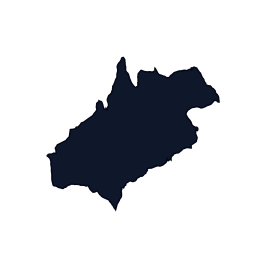 the district of Lupeni, Hunedoara, Romania, rotated 58°
{"feature_id": "2599482B30963415066220", "entity_name": "Lupeni", "entity_type": "district", "adm_level": 2, "iso_a3": "ROU", "parent_name": "Romania", "parent_adm1": "Hunedoara", "projection": "robinson", "projection_center": [23.198, 45.349], "detail": "fine", "context": "isolated", "style": "filled", "palette": "ink", "viewbox_px": 256, "rotation_deg": 58, "n_neighbors": 0, "source": "geoboundaries", "source_scale": "gbopen_adm2", "svg_char_len": 5718}
<svg xmlns="http://www.w3.org/2000/svg" viewBox="0 0 256 256"><g transform="rotate(58 128 128)"><path d="M190.7,181.8L186.5,177.3L186.2,176.4L185.5,175.3L185.0,174.2L183.7,172.4L183.4,171.6L183.3,171.0L182.8,170.3L182.0,169.5L181.0,168.8L178.8,167.6L177.7,167.3L176.9,166.0L175.6,165.7L175.2,164.8L176.3,163.8L176.4,163.3L175.3,162.0L175.1,160.1L174.2,159.5L173.6,158.5L173.8,157.4L173.7,154.3L176.0,152.3L176.6,149.9L176.2,148.3L175.3,147.1L175.4,146.0L175.5,144.4L175.4,143.0L176.3,141.6L176.2,140.0L175.7,138.9L175.7,136.9L175.1,136.2L174.7,135.8L174.6,135.0L174.2,134.1L173.1,133.7L172.9,132.8L173.0,131.7L174.4,129.3L174.8,126.9L175.2,124.8L174.9,124.0L175.4,123.9L176.0,122.1L176.7,121.7L177.3,120.8L177.8,117.9L177.3,113.9L176.3,112.6L174.8,111.3L177.0,111.3L177.0,108.6L177.8,108.4L176.7,107.7L176.0,107.3L175.7,106.9L175.3,106.2L175.2,105.9L175.0,105.1L174.8,104.9L174.9,104.1L174.4,103.3L174.0,102.3L174.5,101.9L174.9,99.7L175.6,98.8L175.7,98.2L175.3,94.1L174.7,93.0L175.7,88.4L178.4,85.0L175.8,83.5L175.8,80.4L175.6,77.4L172.8,74.5L168.5,73.7L165.5,71.4L166.9,70.6L166.8,70.1L166.0,69.4L165.0,69.0L163.8,69.3L163.8,70.0L162.0,71.2L160.7,71.8L158.8,72.2L157.8,71.8L156.4,71.5L154.4,71.5L154.0,71.6L153.0,71.7L152.5,71.8L150.6,72.0L147.0,71.7L145.7,70.3L144.6,67.9L144.4,64.1L144.8,62.1L145.6,60.4L146.4,58.2L147.4,57.3L148.3,56.3L149.5,55.6L149.6,55.0L150.0,54.6L150.3,54.0L150.5,52.2L150.8,51.4L150.8,49.9L151.1,47.9L151.4,47.3L151.7,45.1L151.3,43.3L150.2,39.8L150.6,39.6L151.1,39.1L151.3,38.6L152.1,38.2L153.0,38.1L153.7,37.7L154.2,37.1L152.8,36.3L151.7,36.0L151.1,35.5L149.5,34.8L148.8,34.8L148.1,34.6L146.9,34.7L145.9,34.9L145.0,35.3L143.8,34.8L142.2,34.4L141.8,34.6L139.7,34.9L139.4,35.2L138.5,35.7L136.9,35.7L136.1,35.9L135.9,36.0L135.6,36.4L135.2,37.1L134.8,37.4L134.3,37.9L133.7,38.3L133.2,38.9L132.5,39.0L131.9,38.7L131.1,38.4L130.7,38.7L130.2,38.6L129.0,38.7L128.3,38.5L127.5,38.2L126.9,38.1L125.9,38.1L125.3,38.3L124.7,38.3L124.3,38.2L123.1,38.2L122.2,37.9L121.1,37.9L120.3,37.6L119.8,37.5L119.6,37.6L119.1,37.9L114.5,38.1L113.6,38.0L112.9,38.6L111.7,39.5L111.3,40.0L111.4,41.2L110.8,42.0L110.7,42.7L110.7,42.9L110.9,43.0L111.1,43.0L112.5,42.6L112.4,42.9L112.3,43.7L112.1,43.9L111.4,44.4L110.9,44.8L110.7,45.2L110.7,45.5L110.7,46.3L110.6,47.2L110.5,47.8L109.2,49.2L108.8,49.9L108.3,51.1L108.1,51.7L107.7,53.0L107.2,53.8L106.9,54.0L106.4,55.9L105.7,58.8L105.6,59.9L106.1,62.5L106.2,64.2L106.5,64.7L106.5,64.9L106.9,65.6L107.0,65.9L107.0,66.3L106.8,66.9L106.1,68.1L105.8,68.5L105.7,68.7L105.4,68.9L104.2,69.3L103.8,69.5L103.6,69.8L103.3,69.9L102.7,70.6L100.6,72.1L99.7,73.0L98.7,73.5L97.9,73.7L97.2,73.7L95.9,73.6L92.5,73.4L91.7,73.5L92.2,74.0L93.9,74.5L93.6,77.1L93.7,77.3L93.9,77.3L94.0,77.4L93.8,77.7L93.7,78.3L93.1,78.2L91.5,80.2L91.2,81.2L89.9,82.9L89.6,83.4L89.0,84.0L86.1,86.3L86.2,87.0L86.6,87.9L86.7,88.6L87.1,89.4L87.2,90.2L87.3,90.4L87.7,90.7L88.1,91.1L88.3,91.3L89.1,91.8L90.0,92.6L90.3,92.8L91.8,93.4L93.1,94.3L94.0,94.7L94.5,95.1L94.8,95.7L95.0,95.9L95.5,95.9L95.7,96.1L95.9,96.3L96.3,96.4L97.1,96.4L97.3,96.5L97.1,97.0L97.3,97.2L97.5,97.2L97.7,97.5L97.7,98.3L97.8,99.6L97.9,100.0L96.7,100.7L94.4,101.1L91.1,101.2L86.6,100.4L82.9,99.3L81.5,99.2L80.2,99.6L78.2,99.7L77.3,99.2L74.6,97.5L73.2,97.2L71.1,96.0L68.0,94.5L65.7,94.6L65.3,95.8L65.7,96.7L66.7,97.7L67.5,99.4L67.9,100.4L67.9,101.0L68.0,101.2L68.3,101.7L68.6,102.5L69.7,104.1L70.2,104.6L70.6,104.8L73.5,106.0L74.1,106.4L75.3,107.5L76.2,108.6L79.1,110.4L79.6,111.0L79.9,111.9L80.1,112.2L80.5,112.5L80.8,113.3L82.0,114.5L82.5,115.4L83.8,117.0L84.2,118.0L84.4,118.5L85.0,119.1L85.6,119.4L85.9,119.7L86.4,120.1L86.8,120.5L87.5,120.8L87.9,121.3L88.1,121.9L88.5,122.5L89.2,122.7L89.3,122.9L89.6,123.3L89.7,123.6L89.6,124.0L89.9,124.4L89.9,124.9L90.2,125.9L90.2,126.5L90.5,127.4L91.9,129.3L92.6,130.1L93.3,130.7L93.7,130.9L96.6,131.6L97.9,132.2L98.7,132.7L99.1,132.9L99.3,133.3L99.4,133.9L100.0,134.5L100.4,135.3L100.9,135.8L101.4,136.0L101.6,136.1L101.0,136.5L100.0,136.4L100.1,136.5L99.9,137.5L99.6,138.4L99.0,138.3L98.4,138.1L96.0,137.6L95.1,137.2L93.8,136.9L92.2,136.6L91.7,136.6L91.3,136.8L91.0,137.0L90.5,137.6L89.5,138.2L90.2,138.7L90.3,139.1L90.3,140.5L90.6,141.4L91.3,142.0L93.8,143.9L95.9,144.5L97.1,146.6L97.6,148.5L98.9,151.3L99.2,157.6L99.6,162.7L99.0,164.7L100.1,167.3L100.7,170.0L100.3,170.6L99.9,171.6L100.7,172.7L100.4,174.4L98.8,177.7L104.3,182.3L105.0,185.1L105.8,187.2L104.9,196.8L106.6,200.3L108.9,200.9L111.5,202.5L110.0,204.3L109.7,206.9L108.7,208.1L108.2,209.7L108.8,211.3L110.2,210.8L110.6,210.7L112.1,210.3L113.2,210.4L113.7,210.5L115.3,211.0L116.6,211.6L117.5,212.4L118.7,212.9L120.9,213.8L121.8,214.3L124.3,215.9L125.7,216.4L127.5,217.4L129.1,218.4L131.4,219.8L133.4,220.6L134.8,221.0L135.9,221.4L136.5,221.6L137.1,221.6L137.3,221.6L137.9,221.2L138.6,220.2L139.6,219.4L140.0,219.2L141.5,218.4L142.3,217.7L143.3,216.6L144.3,215.8L144.6,215.5L144.8,215.2L144.8,214.9L144.8,214.5L144.7,213.8L144.8,213.0L145.1,212.4L145.1,212.1L145.1,211.6L144.9,210.5L144.8,209.1L145.0,208.4L145.3,207.7L145.4,207.3L145.3,206.8L145.3,206.4L145.4,206.1L146.5,204.3L146.8,203.9L147.4,203.4L148.0,202.2L149.5,200.0L150.2,199.3L150.8,198.9L151.5,198.4L151.7,198.1L152.0,197.4L152.2,197.1L152.5,196.8L153.6,195.3L154.0,194.9L154.5,194.6L155.0,194.3L155.1,194.1L155.2,193.6L155.4,192.8L155.6,192.4L157.4,192.4L160.0,192.6L163.3,191.9L163.9,191.6L164.2,191.1L164.5,190.5L164.7,189.7L164.8,189.1L164.7,188.4L164.7,188.2L165.0,187.8L165.4,187.5L166.0,187.2L168.6,187.2L169.8,187.0L172.9,186.2L173.5,185.8L174.8,185.0L175.3,184.6L177.2,183.4L178.3,182.6L178.8,182.3L179.4,182.3L180.2,182.4L181.1,182.3L182.7,182.0L184.8,182.0L185.9,181.8L188.7,182.0L189.8,181.8L190.7,181.8Z" fill="#0f172a" stroke="#020617" stroke-width="1.5"/></g></svg>